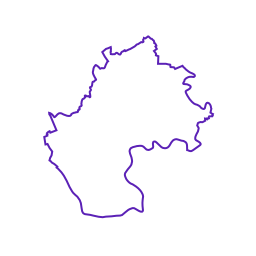 the district of Yen Phong, Bắc Ninh, Vietnam, rotated 150°
{"feature_id": "81297802B41688796411548", "entity_name": "Yen Phong", "entity_type": "district", "adm_level": 2, "iso_a3": "VNM", "parent_name": "Vietnam", "parent_adm1": "Bắc Ninh", "projection": "natural_earth1", "projection_center": [105.961, 21.21], "detail": "fine", "context": "isolated", "style": "outline", "palette": "violet", "viewbox_px": 256, "rotation_deg": 150, "n_neighbors": 0, "source": "geoboundaries", "source_scale": "gbopen_adm2", "svg_char_len": 5794}
<svg xmlns="http://www.w3.org/2000/svg" viewBox="0 0 256 256"><g transform="rotate(150 128 128)"><path d="M209.6,129.4L209.0,128.1L207.8,122.9L207.5,120.0L207.4,118.5L207.5,113.0L208.1,106.1L208.1,101.0L207.9,99.2L207.1,96.4L206.2,93.8L205.9,90.1L205.9,89.4L206.4,86.5L208.2,81.9L209.3,78.9L209.4,77.9L209.4,76.9L209.2,76.3L208.9,75.7L208.3,74.9L204.2,71.7L202.0,69.6L197.8,65.8L194.5,63.4L191.5,62.3L186.3,59.7L181.9,57.8L178.6,56.1L176.7,55.6L172.2,56.4L168.9,56.9L167.2,56.9L164.3,56.4L162.9,55.6L162.2,54.6L160.1,50.9L159.3,49.8L158.9,49.3L157.7,48.5L157.3,48.5L156.8,48.7L156.4,49.0L156.1,49.4L154.4,53.2L152.9,56.0L151.2,58.5L149.2,61.1L148.7,62.4L148.5,63.4L148.4,65.8L148.6,67.9L149.3,70.7L150.3,73.3L152.1,76.8L153.5,78.7L154.2,80.3L154.6,81.7L154.9,83.3L155.0,84.8L154.7,87.3L154.3,88.7L153.9,89.4L153.1,90.3L151.5,91.1L148.9,92.3L145.3,93.6L143.4,94.6L142.1,96.0L141.5,96.6L141.0,97.3L140.4,98.7L139.7,100.8L139.0,104.9L138.2,107.2L137.4,108.1L136.7,108.6L135.7,109.1L133.5,109.0L129.4,107.9L126.5,106.6L125.0,105.6L124.0,104.2L123.7,103.3L123.2,101.5L122.8,100.3L122.3,99.6L121.7,99.1L121.0,98.6L119.4,98.3L116.8,98.3L116.2,98.5L115.5,99.3L114.2,102.1L113.3,103.1L112.9,103.3L112.6,103.3L111.9,103.1L111.4,102.8L111.0,102.3L110.5,101.1L108.6,94.7L107.7,93.3L106.4,92.2L105.5,91.7L104.5,91.4L103.4,91.3L102.3,91.5L100.9,92.0L97.8,93.8L95.4,94.7L94.4,94.8L92.8,94.6L91.5,94.0L90.2,92.7L88.1,90.4L86.4,89.0L85.7,87.9L85.3,87.1L85.1,86.7L85.0,85.5L85.2,84.4L85.8,83.0L87.8,79.3L87.5,79.1L86.8,78.1L86.1,77.3L85.7,76.9L84.6,76.3L82.7,76.3L74.3,77.1L73.4,77.4L73.0,78.0L73.0,79.2L73.7,80.9L74.7,82.6L75.2,83.5L75.3,84.7L74.8,85.7L73.9,86.8L71.8,88.4L69.2,90.0L67.1,92.2L66.8,92.8L66.8,95.6L66.0,96.3L65.2,97.1L64.9,97.3L64.1,97.3L62.6,97.0L62.0,96.8L61.0,96.0L60.5,95.8L57.5,95.7L56.6,97.6L55.3,96.2L55.0,96.8L53.9,96.0L53.1,95.9L52.9,96.8L51.9,97.5L49.1,96.0L48.4,96.5L48.6,96.8L47.5,97.6L48.0,98.2L48.3,98.8L48.4,99.2L48.9,100.1L46.1,103.1L46.0,104.0L45.4,105.4L45.2,107.2L45.5,108.9L46.3,110.0L47.3,110.3L48.8,109.6L51.6,106.7L52.5,106.5L53.1,106.7L54.0,107.7L54.7,109.2L54.9,110.8L55.5,111.9L56.4,113.4L57.8,114.9L58.7,116.3L59.5,118.6L60.2,122.1L60.4,126.5L60.2,129.8L59.7,130.9L58.8,131.2L57.3,131.1L55.0,131.2L53.6,131.8L53.1,132.4L53.0,133.1L53.4,134.1L54.5,135.7L54.8,136.1L55.4,136.6L57.4,138.0L57.9,138.4L57.9,138.6L57.9,139.0L57.4,139.5L56.9,139.8L56.2,140.1L55.8,140.4L55.1,141.2L54.7,141.5L54.4,141.6L52.6,142.0L50.4,141.9L49.0,141.5L47.0,140.4L46.2,139.7L45.5,139.3L45.0,139.3L44.1,139.6L43.9,140.0L43.8,140.9L44.3,142.0L45.2,143.4L46.1,144.5L46.7,145.4L47.4,146.8L48.6,149.8L48.9,151.2L49.6,153.3L49.7,154.6L57.7,155.6L57.8,157.4L58.0,157.7L60.6,159.4L60.7,159.6L59.8,161.7L60.1,162.1L60.4,162.2L60.7,162.4L62.9,164.5L64.5,165.5L69.9,168.6L65.8,175.0L66.2,175.5L67.2,176.6L67.5,177.0L66.7,178.1L66.6,178.5L66.6,179.0L67.0,181.7L63.5,182.1L63.5,184.9L62.3,185.0L62.2,185.3L62.2,187.6L62.5,188.2L62.8,188.6L62.4,189.1L62.3,189.4L62.2,190.0L62.0,190.6L62.0,190.9L62.4,191.6L62.7,192.9L62.8,193.3L63.1,193.5L63.5,193.9L63.8,194.7L64.2,196.0L64.5,197.0L65.0,197.3L66.2,197.1L66.7,197.1L67.1,197.1L67.6,196.9L68.2,196.9L68.9,197.6L69.2,198.0L69.6,197.5L70.7,196.9L70.9,196.7L71.0,196.4L71.2,195.6L71.4,195.1L71.7,194.9L72.6,195.0L72.9,195.1L73.1,195.3L73.3,195.6L73.7,195.8L77.3,195.6L78.5,195.9L79.1,195.9L79.4,195.7L81.4,195.3L83.2,195.3L86.7,195.3L87.6,195.5L88.4,195.6L90.1,195.7L91.1,195.8L91.9,195.9L92.0,196.0L92.0,196.3L91.9,197.0L92.1,197.1L93.7,196.8L94.5,197.0L95.0,197.0L95.9,196.8L96.3,196.6L96.8,196.1L97.6,195.7L98.1,195.6L98.6,195.9L99.1,196.6L99.7,198.1L100.1,198.7L100.6,198.9L101.2,198.9L102.1,198.6L102.6,198.6L104.5,199.6L105.0,199.9L105.9,200.6L105.5,201.4L105.3,202.2L105.1,202.6L104.4,203.0L104.0,204.0L103.2,205.0L102.5,206.7L103.2,206.8L105.2,207.0L107.5,207.5L112.3,206.6L112.4,201.4L111.9,195.7L113.0,195.6L113.7,195.1L115.8,193.7L117.6,192.2L118.1,191.9L118.6,191.8L119.1,191.8L119.8,192.2L120.6,192.9L121.1,193.1L122.4,193.2L122.6,193.4L122.8,195.0L123.1,195.9L123.4,196.8L124.1,198.2L124.4,198.6L124.8,198.6L125.3,198.5L125.6,198.3L127.0,197.7L128.1,196.8L129.3,195.3L130.5,194.0L130.8,193.3L131.1,192.4L131.3,190.8L131.4,189.1L131.4,186.3L131.4,186.0L131.5,185.8L131.7,185.7L132.4,185.7L133.3,185.6L133.9,185.3L134.2,185.2L135.5,185.6L135.8,185.4L136.4,184.8L137.4,183.4L137.9,182.8L138.9,182.1L139.7,182.1L140.3,182.3L140.5,182.1L140.8,181.9L140.9,181.3L140.9,180.0L141.0,179.6L141.3,179.3L142.5,178.8L142.9,178.6L143.1,178.4L143.4,177.8L144.3,175.3L144.7,174.6L144.9,174.1L145.1,173.8L145.4,173.7L145.8,173.8L146.0,174.2L146.1,174.9L146.2,175.2L146.4,175.5L147.4,175.8L147.7,175.9L148.3,177.2L148.7,177.5L149.0,177.6L149.3,177.5L149.5,177.1L149.6,176.4L149.7,176.1L150.0,175.9L151.1,175.7L151.7,175.5L152.7,175.7L153.1,175.6L153.8,175.1L154.8,174.2L155.7,173.0L156.3,172.3L156.5,171.7L156.7,171.0L157.0,170.6L157.7,170.4L158.5,170.5L159.1,170.5L159.6,170.3L159.9,170.0L160.3,168.6L160.6,168.4L160.9,168.3L161.2,168.7L161.5,168.7L162.0,168.5L162.3,168.3L162.5,167.9L162.8,167.8L163.1,167.3L163.4,167.1L163.6,167.0L163.9,167.2L164.3,167.2L164.9,167.5L165.8,167.8L166.3,167.8L166.6,167.9L167.1,168.2L168.0,168.3L168.8,168.4L170.2,168.3L170.7,167.8L171.1,167.6L172.0,167.5L173.1,167.9L174.7,169.1L177.1,172.0L178.3,173.9L179.4,174.8L180.3,175.2L182.2,175.1L184.1,174.5L185.7,174.1L186.3,174.2L186.5,174.6L186.6,175.8L186.9,177.5L187.5,178.9L188.1,179.9L188.7,180.5L189.3,179.1L189.1,177.7L191.1,161.8L197.6,162.8L197.5,164.4L198.9,164.5L200.6,164.1L200.8,163.0L201.5,163.1L201.7,161.7L205.0,162.1L207.7,155.0L205.7,154.4L205.9,149.9L205.4,145.5L206.5,144.2L207.9,142.5L209.6,141.5L210.3,141.1L212.2,139.2L211.5,137.8L211.4,137.0L211.2,136.1L209.9,133.8L209.5,132.8L208.5,129.9L209.6,129.4Z" fill="none" stroke="#5b21b6" stroke-width="2"/></g></svg>